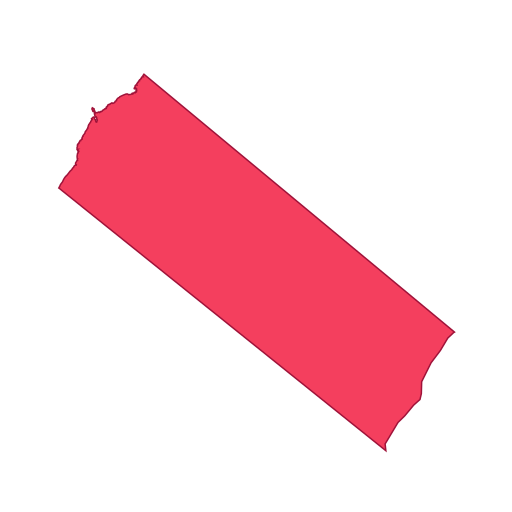 Ngerngesang, Ngchesar, Palau (Equal Earth projection), rotated 216°
{"feature_id": "81905179B58942175915190", "entity_name": "Ngerngesang", "entity_type": "district", "adm_level": 2, "iso_a3": "PLW", "parent_name": "Palau", "parent_adm1": "Ngchesar", "projection": "equal_earth", "projection_center": [134.606, 7.453], "detail": "fine", "context": "isolated", "style": "filled", "palette": "rose", "viewbox_px": 512, "rotation_deg": 216, "n_neighbors": 0, "source": "geoboundaries", "source_scale": "gbopen_adm2", "svg_char_len": 3756}
<svg xmlns="http://www.w3.org/2000/svg" viewBox="0 0 512 512"><g transform="rotate(216 256 256)"><path d="M50.7,311.1L453.5,337.2L453.5,336.7L453.4,336.5L453.5,336.3L453.5,335.5L453.3,335.1L452.5,334.8L453.3,334.1L453.6,333.6L453.5,332.8L453.2,332.7L453.1,332.2L453.4,332.1L453.4,330.5L453.7,330.3L453.7,329.5L453.3,329.2L453.7,328.7L453.7,328.3L453.4,327.5L453.8,326.8L453.5,326.1L453.7,325.5L453.4,324.8L453.2,324.5L452.9,324.3L453.6,324.0L453.6,323.6L453.8,323.3L453.8,322.6L453.4,322.1L453.3,321.3L453.1,321.2L453.2,320.2L452.9,319.8L452.4,319.9L452.0,321.0L451.7,320.7L451.5,321.0L450.8,321.0L450.5,320.5L450.6,320.3L450.4,319.5L449.6,319.5L449.6,319.2L449.4,318.8L449.2,318.5L449.4,318.0L449.8,318.2L450.0,317.8L449.9,317.2L450.2,317.3L450.3,317.0L450.6,316.9L450.7,316.6L450.6,316.1L450.9,314.6L451.2,314.6L451.3,314.8L451.6,315.1L451.9,314.7L451.8,314.2L452.0,313.4L453.9,311.6L455.1,311.6L455.7,311.2L456.0,310.8L456.3,310.7L457.8,308.4L458.6,307.0L459.8,304.8L459.8,303.9L460.4,302.9L460.6,301.5L460.7,300.8L460.6,300.3L460.4,300.1L460.2,299.7L460.5,299.5L460.5,299.1L460.9,298.2L460.5,297.2L460.8,296.7L461.2,295.7L461.8,295.5L462.0,295.1L462.3,295.2L462.6,295.2L462.8,294.6L463.0,294.3L463.3,293.7L463.4,293.3L463.4,292.6L463.9,292.5L464.6,291.2L464.5,290.3L464.1,289.9L464.1,289.6L464.5,289.0L464.4,288.7L464.6,288.4L464.5,288.2L464.4,287.6L463.9,287.6L463.8,287.4L464.0,287.2L464.2,286.9L464.3,286.6L464.6,286.2L464.9,286.1L465.1,284.7L465.5,284.4L465.6,283.1L465.7,282.6L465.8,282.2L466.0,281.9L466.4,281.9L466.5,281.6L466.6,281.4L466.6,281.1L466.8,280.2L467.7,280.3L467.7,279.9L468.0,279.7L468.1,279.4L468.6,279.0L468.7,278.5L469.4,278.2L469.9,277.6L470.5,277.8L471.4,278.3L472.3,278.9L473.1,279.3L473.5,279.9L475.5,279.7L475.2,278.5L473.1,277.3L472.9,277.1L472.5,277.3L472.3,278.1L471.0,277.3L470.9,276.7L470.4,276.2L470.1,275.9L469.8,276.1L469.5,275.4L468.7,274.7L467.7,274.2L466.9,274.2L466.9,274.6L466.3,274.4L466.0,273.9L465.5,273.5L464.8,273.2L464.1,272.4L463.8,271.1L463.6,270.7L464.0,270.4L464.7,270.7L465.8,271.6L465.9,272.0L466.3,271.9L467.1,272.0L467.6,272.3L468.1,273.2L469.3,272.8L469.8,270.3L469.3,270.0L468.8,270.1L468.8,269.5L468.8,267.7L468.5,267.1L468.6,265.8L468.5,265.5L468.5,264.0L468.3,263.2L468.1,262.5L467.9,262.2L467.7,261.6L467.5,260.8L467.1,260.3L467.3,259.4L467.1,258.6L467.1,257.0L467.2,256.9L467.1,255.8L466.6,254.8L466.6,254.0L466.7,252.1L466.6,251.2L466.3,251.1L466.4,250.5L466.2,249.3L465.9,248.9L465.6,248.8L465.4,248.3L465.7,248.2L465.7,247.4L465.9,246.7L465.7,246.3L466.1,246.1L466.1,245.3L465.8,244.5L466.0,243.9L465.5,243.4L465.7,242.9L465.9,242.1L465.7,241.7L465.9,241.6L465.9,241.3L465.8,241.0L465.6,241.1L465.4,240.7L465.4,240.4L465.0,239.9L464.7,239.1L464.4,238.3L464.1,238.0L463.8,237.6L463.2,237.4L462.9,237.6L463.2,236.9L462.6,236.7L462.1,236.3L461.9,236.3L461.7,236.4L461.6,236.7L461.0,236.6L461.1,236.2L460.9,235.1L460.5,235.0L460.6,233.8L460.1,232.9L459.9,232.6L459.5,231.6L459.1,231.3L458.7,230.7L458.3,230.1L457.9,230.0L457.5,229.9L457.5,229.5L457.3,229.4L457.2,229.0L457.0,228.4L456.7,228.3L456.9,228.1L456.9,227.6L456.7,226.2L456.6,225.0L456.0,224.5L455.7,223.9L455.4,224.2L455.0,224.2L454.9,223.8L455.4,223.6L455.6,223.2L455.9,222.4L456.0,221.6L455.9,221.3L455.7,220.5L455.9,219.9L456.0,218.8L455.8,217.6L456.3,215.1L456.2,214.7L456.3,214.3L456.3,212.7L456.4,210.9L456.4,210.0L456.7,209.6L456.6,208.9L456.8,208.2L456.8,206.6L456.7,205.3L456.6,204.5L456.1,202.1L456.2,199.9L456.1,198.4L455.8,197.3L455.7,196.8L455.6,196.6L455.6,196.2L455.7,195.9L455.5,195.6L455.5,195.1L36.5,174.8L41.1,179.9L41.4,183.6L43.3,204.8L41.7,214.2L40.8,228.0L39.0,236.3L41.3,241.8L48.1,251.7L51.6,272.5L51.3,287.9L52.6,302.4L51.1,310.2L50.7,311.1Z" fill="#f43f5e" stroke="#9f1239" stroke-width="1.5"/></g></svg>